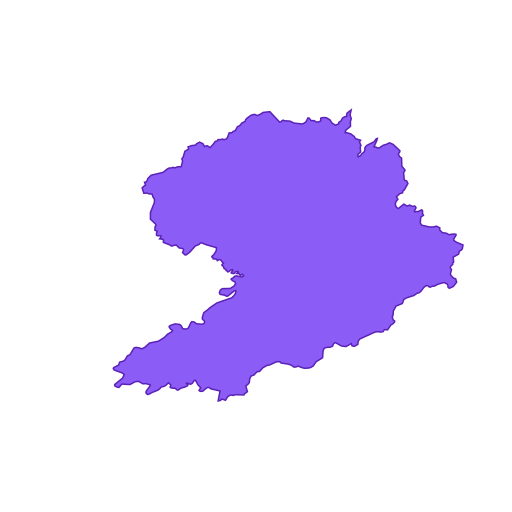 Van Lang, Lạng Sơn, Vietnam (Equal Earth projection), rotated 61°
{"feature_id": "81297802B84784766195181", "entity_name": "Van Lang", "entity_type": "district", "adm_level": 2, "iso_a3": "VNM", "parent_name": "Vietnam", "parent_adm1": "Lạng Sơn", "projection": "equal_earth", "projection_center": [106.578, 22.032], "detail": "fine", "context": "isolated", "style": "filled", "palette": "violet", "viewbox_px": 512, "rotation_deg": 61, "n_neighbors": 0, "source": "geoboundaries", "source_scale": "gbopen_adm2", "svg_char_len": 6090}
<svg xmlns="http://www.w3.org/2000/svg" viewBox="0 0 512 512"><g transform="rotate(61 256 256)"><path d="M180.6,328.6L181.6,330.2L184.4,331.9L186.4,330.4L187.8,332.0L189.6,332.9L190.3,332.6L192.4,329.3L193.4,330.1L194.3,332.0L196.2,329.4L197.5,329.2L198.7,330.3L199.4,330.3L204.6,325.9L206.4,325.1L207.1,322.0L207.9,320.4L211.7,319.3L214.1,316.3L215.4,316.3L217.5,318.6L220.6,317.6L221.2,316.6L220.6,312.2L217.8,304.2L218.3,300.2L217.6,298.1L217.8,297.5L222.0,294.1L229.5,286.6L232.0,288.1L234.2,291.9L235.0,294.9L236.1,295.0L236.8,294.4L237.8,294.8L239.6,292.0L241.3,292.1L241.3,289.8L242.8,288.6L244.5,288.6L246.4,287.9L247.1,290.0L247.6,290.3L249.3,289.6L251.7,290.0L252.8,288.8L254.3,289.2L255.1,288.5L256.2,288.4L256.5,287.5L256.0,284.7L256.6,283.2L257.4,283.3L258.5,285.8L259.0,285.9L260.4,284.4L260.6,283.1L259.8,281.9L260.6,279.4L261.5,279.1L262.0,281.3L263.1,279.6L265.3,279.0L265.4,276.8L267.3,276.4L267.5,278.6L263.9,282.7L263.3,284.5L264.0,286.4L263.9,288.5L264.2,289.0L266.0,288.6L268.6,286.9L270.3,287.4L271.6,289.6L271.9,294.2L268.2,301.3L268.5,303.8L270.3,305.8L271.5,306.1L272.3,305.8L275.2,302.3L276.7,301.5L277.4,300.0L276.0,292.3L276.1,290.9L277.0,290.5L278.6,292.0L279.7,293.7L280.8,297.4L278.1,312.8L278.9,321.5L279.8,325.2L280.1,328.4L280.4,329.3L283.9,332.9L285.4,333.5L287.5,332.6L289.3,333.3L289.8,334.2L289.6,336.2L286.4,340.9L283.7,342.1L282.3,343.9L282.8,345.4L286.1,350.0L286.3,351.3L286.0,352.5L284.4,354.9L283.8,355.3L280.6,355.2L278.8,356.0L276.2,359.6L275.3,363.8L275.3,365.8L276.0,366.4L278.5,366.2L280.5,365.1L281.1,365.6L281.5,367.5L281.5,371.3L282.8,375.6L283.2,382.6L280.5,391.3L281.9,397.3L281.9,400.8L279.8,402.6L277.9,405.0L277.4,406.3L277.4,407.5L281.2,414.0L281.0,416.9L283.4,421.0L283.6,423.1L282.7,426.7L284.8,429.0L284.6,434.6L285.2,435.4L287.0,435.3L293.6,429.6L295.7,428.7L298.1,431.9L299.9,441.9L301.2,442.4L303.0,441.4L304.5,439.6L303.0,435.4L307.3,428.6L307.4,422.6L308.7,419.5L313.0,416.8L314.3,414.1L317.4,411.0L318.2,411.5L320.8,417.2L321.7,418.3L323.3,418.6L324.6,417.9L325.1,415.9L324.9,413.9L325.8,406.8L325.5,404.6L324.6,402.3L325.3,400.3L325.5,398.1L324.5,394.0L327.6,393.0L329.0,394.7L329.7,394.5L330.8,393.6L332.5,390.8L334.5,390.2L335.5,389.3L335.2,385.7L336.2,381.5L336.3,378.8L335.6,378.0L333.0,378.8L336.5,375.3L336.5,373.6L334.8,369.9L335.5,369.2L340.4,369.2L344.5,368.3L345.9,371.0L347.2,370.5L348.3,368.7L348.4,367.9L347.5,363.3L347.6,361.8L348.2,360.9L350.3,359.9L356.6,352.9L364.4,359.4L365.1,357.3L364.6,355.2L367.4,352.6L365.3,349.0L365.2,346.2L365.6,344.9L366.8,343.7L367.4,341.1L371.7,333.9L371.0,333.0L370.5,329.3L364.7,327.9L364.4,325.5L363.5,323.3L360.1,320.8L358.6,318.3L359.1,315.5L357.7,311.2L358.7,308.9L357.1,304.3L357.0,299.7L357.9,296.9L358.4,289.9L359.4,287.3L360.2,286.4L361.8,285.9L366.0,280.5L368.6,278.0L371.4,276.8L372.3,275.3L372.9,272.2L374.9,270.9L377.6,268.2L379.3,264.8L380.0,262.5L380.0,259.5L377.6,254.6L377.3,247.1L371.2,243.1L369.8,241.0L370.1,238.7L371.7,235.3L372.0,233.3L371.9,232.5L370.6,231.2L370.1,229.2L370.3,228.5L376.1,224.9L378.8,221.3L378.8,215.1L381.1,215.6L382.7,213.9L382.7,209.8L380.0,207.9L378.9,205.3L380.2,189.1L381.2,186.1L382.8,184.2L383.8,181.5L382.8,179.8L382.8,179.1L384.4,176.7L381.7,171.4L381.7,169.2L380.9,166.7L380.0,166.2L378.3,167.0L375.3,166.4L374.2,164.8L370.7,162.5L367.7,157.8L368.5,151.0L365.7,147.9L365.6,144.7L367.1,137.0L366.7,133.7L367.2,131.0L366.8,128.9L364.9,124.6L364.4,121.9L365.1,120.2L367.0,119.6L367.7,118.8L367.9,116.6L368.8,114.5L368.9,110.6L370.2,104.9L370.7,104.1L373.0,102.5L374.1,102.3L376.7,103.2L378.0,102.5L378.3,98.2L376.2,93.2L372.7,92.4L371.1,94.0L367.5,94.9L365.9,94.7L362.7,91.6L360.5,91.8L359.9,91.3L359.3,90.6L358.8,88.1L357.6,87.4L357.1,86.1L352.6,84.0L352.6,77.9L350.4,75.8L350.3,73.3L349.7,72.0L346.7,69.6L341.0,74.1L338.2,75.5L337.0,74.7L334.6,70.7L334.0,70.6L332.7,72.2L330.8,77.0L328.4,78.4L326.0,81.6L322.4,82.7L320.5,81.6L317.4,83.7L316.6,86.7L314.8,90.1L309.3,96.2L306.8,96.3L302.8,93.7L301.8,92.8L301.6,89.8L299.4,89.7L297.3,88.4L295.9,88.7L295.8,92.3L294.1,95.9L293.2,95.4L291.5,92.7L290.0,92.6L289.2,93.0L288.5,95.0L285.9,97.0L285.7,99.6L282.3,101.5L283.5,108.4L282.4,109.2L280.4,109.6L277.9,108.9L276.2,107.0L275.2,104.4L272.3,104.5L271.2,100.1L271.8,97.2L270.3,96.0L270.1,94.2L266.3,88.0L263.4,87.8L261.9,89.2L260.7,89.2L254.5,86.4L253.6,84.4L253.0,84.0L248.1,84.9L240.9,81.2L238.6,82.3L235.8,82.1L234.6,79.7L233.7,79.1L225.0,81.9L222.3,83.8L221.6,84.8L221.6,87.4L220.8,91.1L221.2,95.5L220.4,97.5L218.8,98.3L218.0,99.8L217.7,99.9L213.8,94.6L212.0,92.9L211.8,94.1L213.3,97.3L213.0,105.4L213.4,106.8L214.1,108.3L216.1,109.4L217.4,111.0L217.9,113.9L218.8,115.8L218.8,118.5L217.4,118.3L216.5,117.4L215.9,114.3L215.2,113.8L211.3,112.1L210.2,110.6L206.4,110.2L205.5,108.4L201.5,112.2L199.3,112.1L195.1,113.9L192.0,117.0L191.4,118.2L189.6,116.7L188.4,110.5L184.1,108.2L182.1,106.1L178.2,105.3L174.4,102.0L175.1,106.9L176.1,108.1L177.8,108.8L177.2,110.9L177.3,113.5L179.0,116.0L179.3,118.9L180.5,119.5L180.1,123.2L176.4,125.1L172.7,125.3L169.1,127.5L167.5,130.0L166.8,132.5L169.3,134.0L169.0,136.3L168.2,138.2L165.8,139.5L164.3,142.2L161.3,142.6L160.4,143.6L163.0,147.5L163.1,151.3L158.1,158.4L154.5,160.9L151.4,165.7L150.4,166.3L150.2,167.7L150.8,169.2L150.4,170.4L136.5,173.9L133.9,180.1L134.1,184.1L133.7,186.8L131.5,188.5L130.9,190.1L130.5,192.1L131.0,196.5L131.7,198.9L133.0,200.3L132.8,203.8L134.1,207.0L133.9,209.5L136.3,213.3L136.0,215.8L136.5,217.3L135.3,219.8L138.5,223.5L139.2,225.2L138.8,227.6L137.5,228.5L136.9,230.9L135.8,232.7L136.6,234.2L136.0,236.1L137.6,239.4L138.9,243.6L135.9,245.2L135.2,247.9L132.0,248.0L129.1,250.1L129.0,253.5L129.7,255.2L128.3,258.6L127.6,262.5L129.9,263.2L129.9,267.4L134.2,271.8L135.0,273.7L137.4,274.2L141.6,278.1L140.0,281.2L139.6,284.1L138.2,285.7L137.9,287.5L136.9,289.4L136.9,291.5L137.8,296.7L134.5,308.5L135.7,312.8L138.1,316.0L137.4,317.7L140.5,318.3L140.6,320.5L141.2,322.6L146.7,323.7L148.3,320.6L149.8,319.5L151.4,316.9L154.5,317.5L157.2,317.3L160.0,319.0L166.7,327.2L172.6,330.5L179.6,328.3L180.6,328.6Z" fill="#8b5cf6" stroke="#5b21b6" stroke-width="1.5"/></g></svg>